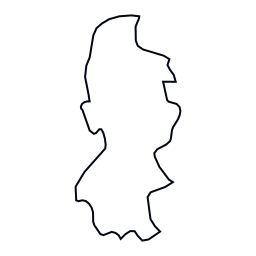 the border of Lecco
{"feature_id": "ITA-5453", "entity_name": "Lecco", "entity_type": "Province", "adm_level": 1, "iso_a3": "ITA", "parent_name": "Italy", "parent_adm1": "", "projection": "robinson", "projection_center": [9.388, 45.907], "detail": "fine", "context": "isolated", "style": "outline", "palette": "ink", "viewbox_px": 256, "rotation_deg": 0, "n_neighbors": 0, "source": "natural_earth", "source_scale": "10m", "svg_char_len": 1152}
<svg xmlns="http://www.w3.org/2000/svg" viewBox="0 0 256 256"><path d="M175.7,81.8L163.1,81.7L167.1,100.0L168.5,101.6L176.7,104.0L179.6,107.1L180.4,110.8L179.8,114.8L178.2,118.9L173.2,127.0L172.0,129.9L170.9,138.6L169.8,141.3L166.3,144.5L157.1,149.3L154.3,153.2L154.8,156.7L159.4,166.9L168.9,179.6L172.9,182.1L165.4,186.9L150.6,192.3L147.6,197.1L150.5,219.2L155.1,226.4L160.1,231.6L148.7,239.4L142.3,240.6L137.9,236.0L134.6,231.2L130.2,231.1L125.4,234.2L120.7,238.9L118.7,235.3L115.5,232.9L111.7,231.9L103.5,235.1L100.4,234.1L94.2,225.0L93.2,221.6L93.0,212.2L91.5,207.4L88.9,203.6L85.9,201.1L82.4,200.3L78.3,201.2L76.2,200.3L75.6,186.7L84.5,171.9L105.2,148.6L105.7,144.8L104.9,138.7L103.3,132.8L101.3,129.3L99.4,129.2L96.1,133.0L93.8,133.8L89.7,130.6L82.7,110.6L82.1,109.5L81.4,108.9L81.0,108.1L80.9,106.6L82.0,103.9L84.4,102.2L87.1,101.4L89.6,101.4L88.6,94.8L85.1,77.0L86.3,65.8L89.7,57.4L93.3,35.5L96.5,28.2L101.9,23.5L109.3,19.1L119.4,16.3L123.2,16.0L131.5,15.4L139.3,16.3L139.0,18.4L135.6,26.5L135.8,40.7L137.8,45.9L143.1,49.5L163.7,55.7L169.4,59.1L167.5,65.1L170.1,69.9L173.8,75.0L175.7,81.8Z" fill="none" stroke="#020617" stroke-width="2"/></svg>